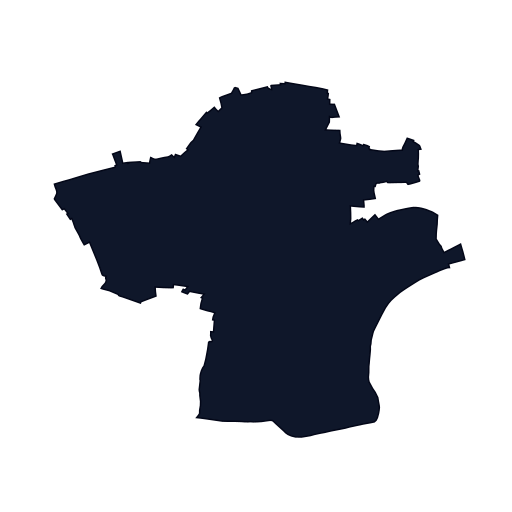 the district of Kim Dong, Hưng Yên, Vietnam, rotated 276°
{"feature_id": "81297802B31840185218616", "entity_name": "Kim Dong", "entity_type": "district", "adm_level": 2, "iso_a3": "VNM", "parent_name": "Vietnam", "parent_adm1": "Hưng Yên", "projection": "robinson", "projection_center": [106.041, 20.745], "detail": "fine", "context": "isolated", "style": "filled", "palette": "ink", "viewbox_px": 512, "rotation_deg": 276, "n_neighbors": 0, "source": "geoboundaries", "source_scale": "gbopen_adm2", "svg_char_len": 6080}
<svg xmlns="http://www.w3.org/2000/svg" viewBox="0 0 512 512"><g transform="rotate(276 256 256)"><path d="M273.1,67.5L274.1,68.8L272.3,69.8L270.4,70.8L268.1,71.8L266.5,72.6L265.3,73.1L264.3,73.8L259.2,77.4L257.5,78.5L256.3,79.1L254.5,80.2L251.1,82.6L249.2,84.0L252.4,89.0L235.3,98.2L228.0,101.9L222.5,104.4L221.2,105.1L220.8,105.7L220.6,106.2L220.3,107.7L220.2,109.1L219.0,108.8L218.3,108.8L217.6,109.0L217.0,109.4L216.4,109.6L215.6,109.6L215.0,109.5L214.1,109.3L213.0,108.8L211.9,108.0L209.5,106.2L207.6,105.4L207.2,107.3L206.2,113.9L203.4,123.0L202.8,123.3L202.4,123.7L202.1,124.3L201.4,128.0L198.4,140.6L197.1,146.0L198.5,146.4L201.0,151.3L203.5,156.3L205.7,160.7L209.9,159.7L214.6,158.9L215.0,167.3L215.6,174.9L215.9,176.9L219.0,176.9L218.9,182.6L218.5,191.4L214.8,189.1L215.3,187.1L214.4,186.7L213.0,186.1L212.7,186.0L211.9,188.8L211.1,191.8L213.9,193.6L213.1,202.6L212.7,208.5L208.9,205.9L208.5,207.2L204.9,206.6L203.3,206.3L201.3,206.2L197.9,206.1L197.6,207.5L196.7,212.2L196.4,214.1L196.1,216.8L195.7,218.9L195.2,221.1L192.9,220.4L190.8,219.8L188.0,219.6L187.9,221.4L186.9,221.4L176.0,221.7L176.0,218.9L174.4,219.1L172.2,219.2L170.0,220.0L168.1,221.2L167.1,221.4L166.7,221.4L166.2,221.0L166.1,220.6L166.1,220.0L166.1,219.3L166.0,218.6L165.6,218.2L165.1,217.9L163.6,217.9L158.0,217.7L152.7,217.3L148.0,216.9L141.3,215.9L139.1,214.7L136.4,213.8L133.4,213.2L131.5,213.0L129.0,213.1L127.4,213.2L126.3,213.6L117.3,213.5L115.8,213.8L113.8,214.5L111.2,214.8L105.6,216.1L101.4,216.4L96.6,216.1L93.4,216.4L91.6,215.5L89.1,213.9L89.1,218.1L88.9,224.2L88.7,229.5L88.3,239.8L88.7,245.2L89.0,247.9L89.4,251.5L89.9,258.5L90.0,261.8L90.3,265.4L90.7,267.7L90.8,270.7L91.3,274.4L92.0,278.7L93.3,283.9L94.1,287.3L94.1,289.5L93.2,290.9L91.1,293.6L85.1,301.8L83.3,304.0L81.9,306.5L80.8,310.0L80.2,314.2L80.5,317.4L80.7,320.0L81.3,322.3L83.1,328.8L84.7,332.8L86.5,338.3L87.7,342.5L89.9,348.8L93.1,359.3L94.2,362.8L95.8,366.9L100.0,379.7L101.2,383.8L102.2,387.3L103.4,391.0L105.2,392.6L107.9,393.6L112.3,394.3L115.3,394.5L118.3,394.5L120.5,394.0L124.2,392.9L127.9,391.9L132.8,388.8L136.5,385.7L142.5,381.6L144.6,380.9L147.3,380.4L151.8,380.3L158.1,379.7L161.0,379.7L165.8,379.6L169.9,379.6L174.8,379.5L178.2,379.1L180.6,379.4L184.5,379.3L189.5,380.0L191.1,380.2L193.4,380.6L196.5,381.7L204.7,384.8L210.8,387.1L218.1,390.1L222.9,392.7L226.1,394.9L229.8,398.1L235.0,403.1L238.2,406.8L240.6,409.7L246.3,416.9L249.3,420.8L252.0,425.0L254.2,428.8L260.7,440.1L262.8,444.2L264.1,447.0L264.5,448.2L264.7,449.6L268.2,448.3L274.3,464.0L277.6,462.8L281.9,461.2L285.0,459.9L289.2,458.2L288.3,456.9L285.5,452.6L283.1,449.0L281.7,446.7L279.0,442.7L281.5,440.9L283.2,439.8L284.7,439.2L285.7,438.4L286.5,437.3L291.7,433.3L296.9,432.9L300.4,432.8L306.4,432.8L310.9,432.5L315.5,432.4L316.9,429.4L317.9,427.3L318.4,425.9L319.0,423.5L319.8,420.8L320.1,419.3L320.7,415.6L320.9,413.0L320.9,411.1L320.9,410.0L320.7,407.7L320.3,405.9L319.3,402.3L318.5,399.7L316.8,394.5L316.0,391.9L315.1,389.7L313.1,385.2L311.3,381.9L310.2,380.3L308.2,377.7L305.3,373.9L309.4,370.0L306.0,367.1L301.3,363.2L304.0,360.4L303.1,359.2L304.7,357.8L301.8,354.2L302.5,353.2L301.2,351.1L299.5,349.0L297.8,346.4L299.4,346.3L302.8,346.3L308.7,345.6L312.8,345.0L315.7,344.6L315.7,348.1L315.8,353.6L316.0,358.3L317.3,358.2L323.0,357.1L324.3,363.1L325.7,368.6L328.7,367.6L331.0,366.8L333.4,366.2L335.0,366.1L336.6,366.0L337.6,365.9L337.6,367.2L339.8,367.6L340.4,367.8L340.8,368.1L341.2,368.8L341.5,371.2L341.6,371.6L342.0,371.9L342.3,372.2L342.2,373.3L342.5,374.2L342.9,375.6L343.7,377.6L344.0,378.0L344.0,378.3L343.8,378.5L343.6,378.6L342.9,379.1L342.9,380.4L343.2,382.9L343.8,387.5L344.4,392.7L345.0,396.9L345.0,397.5L344.8,398.1L344.4,398.6L343.2,399.6L343.2,399.9L343.9,402.0L345.7,406.5L347.4,410.5L347.6,410.8L347.9,410.9L348.5,410.8L352.2,408.9L352.8,408.8L353.5,408.6L354.5,410.1L357.7,408.9L357.6,407.9L362.2,408.0L364.2,407.4L368.2,407.2L370.0,407.2L374.7,406.8L378.8,406.2L379.5,408.8L381.6,407.7L382.2,407.5L382.9,406.9L383.2,406.5L385.1,402.9L386.2,400.3L387.4,400.7L388.3,396.9L388.9,394.1L383.5,392.3L379.7,390.8L377.7,390.4L376.5,390.5L376.0,386.8L374.8,380.0L373.4,372.7L373.3,366.7L373.7,358.0L374.2,358.0L374.6,357.0L376.6,357.2L377.4,355.0L378.1,351.4L376.8,350.9L377.9,347.4L378.5,344.8L376.3,344.6L376.3,339.1L376.9,329.1L377.1,327.2L381.5,327.9L382.9,327.7L386.6,326.7L389.6,326.2L389.1,320.1L388.8,315.7L388.7,311.8L396.8,314.9L402.3,314.5L401.8,315.6L401.8,317.2L402.4,319.8L403.1,324.1L415.0,318.1L414.7,314.6L414.7,313.4L419.3,313.0L419.6,310.7L422.6,310.9L425.2,310.9L425.3,309.8L428.5,309.8L429.2,304.8L429.8,298.0L430.1,291.4L430.6,284.7L431.4,272.1L431.7,268.0L431.8,266.9L430.3,266.9L430.1,262.2L428.8,262.6L427.2,253.4L427.0,253.1L426.3,253.2L425.8,253.4L425.0,253.8L424.2,254.1L423.6,254.2L423.1,254.2L423.3,252.9L423.9,251.1L424.3,250.5L424.7,250.0L425.4,249.6L424.9,248.3L423.8,245.3L419.8,234.4L417.9,234.6L416.0,230.3L414.9,226.1L414.5,224.3L420.8,220.5L421.3,217.7L420.8,216.9L418.8,216.2L415.2,214.6L410.9,205.7L409.9,204.0L409.4,203.3L404.3,205.3L399.8,206.7L395.7,203.3L397.6,200.9L399.5,199.0L396.1,195.8L393.9,193.5L392.9,192.5L393.6,191.7L392.6,191.0L386.3,186.7L384.4,185.3L380.4,182.7L378.5,187.9L373.0,185.4L366.6,182.6L364.6,181.8L362.0,179.5L360.3,178.5L355.5,175.8L354.5,177.4L351.6,174.5L347.3,170.7L348.5,165.3L345.5,164.5L346.5,163.0L347.7,161.5L346.4,160.0L345.7,158.9L345.2,157.8L344.4,154.7L343.2,151.0L341.9,147.3L341.6,145.7L341.7,144.6L342.1,143.1L342.7,141.7L342.9,141.0L340.4,140.7L337.1,140.4L337.1,138.7L337.0,135.5L336.9,132.3L337.6,131.1L337.0,127.5L335.9,120.6L335.7,119.6L334.9,119.7L334.6,118.8L335.5,118.5L334.3,113.8L345.9,109.9L342.4,102.7L341.6,103.2L336.5,105.7L334.8,106.6L331.9,108.0L331.1,106.4L330.1,106.7L329.8,106.7L329.5,106.5L327.4,100.8L325.5,95.6L322.0,86.2L320.0,80.8L316.1,71.5L312.0,61.8L310.1,56.9L306.4,48.0L303.9,49.0L301.4,50.3L299.8,51.0L298.7,51.3L297.1,51.3L294.9,50.6L291.8,49.5L291.1,49.9L288.6,52.2L284.5,56.0L281.8,58.5L283.0,60.4L280.0,63.3L278.7,64.7L277.9,63.5L275.5,65.5L273.1,67.5Z" fill="#0f172a" stroke="#020617" stroke-width="1.5"/></g></svg>